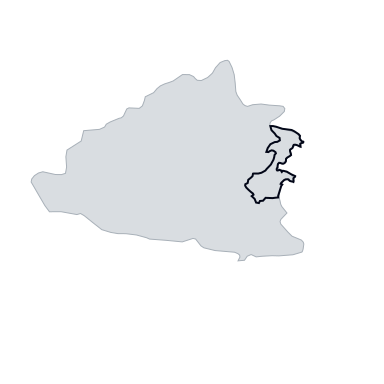 Bosnia and Herzegovina, with Foča highlighted, rotated 322°
{"feature_id": "BIH-4807", "entity_name": "Foča", "entity_type": "state/province", "adm_level": 1, "iso_a3": "BIH", "parent_name": "Bosnia and Herzegovina", "parent_adm1": "", "projection": "equal_earth", "projection_center": [18.989, 43.593], "detail": "fine", "context": "in_parent", "style": "outline", "palette": "ink", "viewbox_px": 384, "rotation_deg": 322, "n_neighbors": 0, "source": "natural_earth", "source_scale": "10m", "svg_char_len": 3609}
<svg xmlns="http://www.w3.org/2000/svg" viewBox="0 0 384 384"><g transform="rotate(322 192 192)"><path d="M301.1,110.1L301.6,112.0L300.2,118.5L297.5,125.5L293.0,132.9L288.4,139.8L287.2,143.5L286.8,149.3L286.3,153.9L286.9,156.4L288.4,158.7L293.6,160.6L300.6,165.2L306.5,171.2L314.2,178.1L316.5,180.6L316.5,183.4L314.3,185.4L307.8,186.2L301.0,185.6L298.4,184.9L296.0,185.7L294.5,187.3L295.3,189.1L302.3,197.4L310.4,209.4L310.9,214.6L309.9,218.6L308.0,221.4L304.7,221.0L302.1,218.8L298.2,218.9L295.2,219.5L291.3,223.9L289.3,223.7L285.9,224.4L283.8,225.2L280.4,223.9L276.9,223.1L275.4,224.4L274.7,227.0L276.9,231.6L281.0,238.9L280.3,244.4L277.2,245.0L274.3,240.4L271.8,239.6L268.9,239.8L262.2,245.1L257.3,249.6L256.1,252.8L254.4,256.2L253.8,258.7L253.9,267.0L245.1,268.3L243.2,269.5L242.2,272.0L242.9,282.7L243.6,288.4L248.6,297.2L248.8,300.0L248.1,301.8L244.4,305.4L242.7,306.6L241.6,307.0L235.7,304.7L232.9,303.6L221.1,295.8L215.9,291.5L207.7,285.8L202.6,282.6L200.1,277.7L196.0,276.6L191.3,278.1L185.9,274.6L189.7,272.8L190.7,271.0L190.2,268.8L188.5,265.7L174.1,252.3L167.0,243.3L165.9,240.0L165.9,231.3L164.2,229.2L153.6,225.3L141.8,214.1L129.6,203.0L128.0,200.0L121.8,191.7L114.2,184.1L108.1,179.3L103.1,173.8L97.7,166.1L94.9,154.6L92.5,144.3L90.9,140.3L87.4,138.9L76.6,126.8L67.5,119.8L67.7,112.1L69.4,99.5L71.4,85.1L73.7,83.1L77.9,82.1L82.7,82.5L86.9,84.2L95.1,94.1L99.8,97.9L103.8,99.4L108.5,95.2L114.3,86.6L119.3,82.0L136.1,83.6L144.4,77.0L157.7,85.7L163.1,87.0L166.2,85.8L170.5,86.4L179.8,89.0L182.0,90.0L184.8,89.9L191.7,86.4L194.1,86.9L201.9,93.6L205.9,93.6L210.7,90.7L213.8,88.2L222.9,90.1L228.1,89.0L232.4,88.9L237.1,90.0L241.4,91.6L245.5,92.9L256.8,93.6L262.2,97.9L264.3,102.0L264.4,104.5L264.9,107.2L268.0,109.9L274.8,111.4L279.0,111.1L281.3,110.9L287.1,108.5L293.9,107.3L298.8,108.7L301.1,110.1Z" fill="#d9dde1" stroke="#a8b0b8" stroke-width="1"/><path d="M282.2,226.1L281.1,225.8L280.2,224.8L279.5,223.5L278.6,222.6L277.1,222.8L276.2,223.5L274.6,225.1L273.4,225.7L272.8,226.1L272.4,226.8L272.4,227.5L273.1,228.0L274.1,228.2L274.5,228.5L275.4,229.8L275.4,230.3L275.1,231.0L275.1,231.5L276.5,231.1L277.0,231.5L279.2,234.3L281.2,239.4L283.1,243.0L282.7,243.4L281.0,243.5L280.2,243.8L280.1,244.0L279.7,244.5L279.3,245.2L278.8,246.0L278.1,246.5L277.9,246.1L276.5,244.4L275.9,243.4L275.8,242.7L275.8,242.1L275.8,241.5L275.3,240.9L273.6,239.7L272.0,239.3L268.1,239.7L266.9,240.2L267.1,240.5L267.5,241.3L267.7,241.7L266.0,242.2L257.6,248.0L256.6,249.4L254.6,248.1L251.7,246.4L246.4,241.9L242.6,242.6L240.0,240.9L237.9,241.9L236.0,239.8L237.1,236.0L236.5,232.0L238.8,232.0L239.1,230.8L238.4,228.0L237.9,225.2L237.5,221.9L237.8,219.7L238.3,219.2L238.8,218.7L241.4,219.2L243.9,217.0L246.9,217.0L249.4,216.8L251.4,215.1L251.5,215.1L255.7,218.3L258.6,219.6L263.0,220.3L265.0,219.8L268.5,219.3L271.1,218.9L273.3,217.9L276.1,216.7L278.3,215.1L279.9,213.6L281.9,213.2L282.3,212.0L281.6,209.6L280.4,208.2L278.3,207.6L276.8,207.6L275.3,206.2L278.7,204.0L283.2,202.6L287.9,203.6L290.1,205.0L293.0,205.4L294.3,203.3L293.0,199.9L293.2,196.8L292.7,192.3L293.2,190.9L294.3,188.3L296.5,190.0L298.5,192.4L302.0,197.7L308.7,204.5L310.0,207.2L311.6,212.0L311.7,214.2L310.0,215.8L309.7,216.8L309.6,218.0L309.7,219.2L310.0,220.1L310.5,220.5L310.7,220.9L310.5,221.2L310.0,221.5L307.5,220.6L306.8,220.7L305.9,222.5L305.4,223.2L304.9,222.5L304.3,221.1L303.4,219.4L302.3,218.1L301.2,217.5L300.5,217.7L299.0,218.8L298.2,219.2L297.5,219.2L295.8,219.0L295.1,219.2L294.2,220.6L293.6,222.5L292.8,223.9L291.3,223.9L288.2,223.5L286.6,223.7L284.9,225.6L283.6,226.1L282.2,226.1Z" fill="none" stroke="#020617" stroke-width="2"/></g></svg>